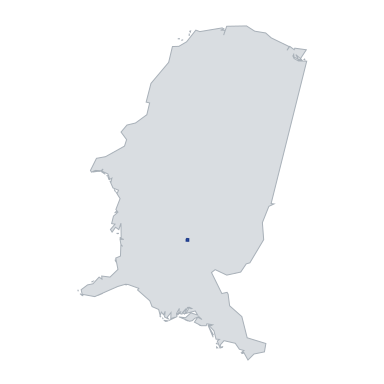 location of Richland, Illinois, United States of America, rotated 91°
{"feature_id": "52423323B13866918129633", "entity_name": "Richland", "entity_type": "district", "adm_level": 2, "iso_a3": "USA", "parent_name": "United States of America", "parent_adm1": "Illinois", "projection": "albers", "projection_center": [-88.143, 38.71], "detail": "fine", "context": "in_parent", "style": "filled", "palette": "blue", "viewbox_px": 384, "rotation_deg": 91, "n_neighbors": 0, "source": "geoboundaries", "source_scale": "gbopen_adm2", "svg_char_len": 3960}
<svg xmlns="http://www.w3.org/2000/svg" viewBox="0 0 384 384"><g transform="rotate(91 192 192)"><path d="M315.7,140.0L336.8,134.3L342.2,115.5L350.6,116.8L352.9,127.2L359.0,133.1L351.4,137.5L351.4,139.5L349.6,137.3L348.4,141.9L342.5,146.1L340.1,157.4L344.6,161.2L346.9,160.2L345.9,158.3L346.9,159.1L347.5,161.3L340.6,164.1L338.9,162.0L338.7,165.4L330.5,167.6L324.9,172.8L325.2,170.3L324.4,168.9L323.5,174.8L325.4,175.5L325.5,180.5L322.1,187.3L317.1,184.1L319.3,179.8L316.5,183.0L318.3,187.1L320.6,189.4L321.3,192.1L317.1,202.9L317.9,196.4L312.9,191.0L314.9,184.2L310.9,186.7L313.5,195.9L309.1,193.6L307.7,194.0L308.7,190.9L308.5,190.1L307.3,192.5L307.5,194.5L314.2,197.3L313.0,199.2L309.8,196.3L308.7,195.9L312.7,199.4L314.3,199.9L313.7,202.4L311.5,200.8L315.0,204.0L314.3,204.6L312.6,203.0L308.6,202.6L313.8,205.4L316.9,204.9L321.0,213.1L317.5,206.8L318.9,211.0L312.9,210.9L317.7,214.6L319.6,213.1L317.4,217.3L311.7,216.7L315.3,218.3L312.6,220.6L316.2,221.6L310.0,223.3L307.3,229.9L301.5,232.3L290.9,244.7L289.3,243.5L285.6,254.3L285.4,256.9L287.8,264.7L298.3,287.4L296.2,300.0L291.6,301.1L286.7,294.8L285.5,289.4L278.7,283.4L280.7,280.5L277.6,280.8L278.5,272.5L270.7,264.7L259.4,267.1L257.3,262.4L246.2,262.2L247.6,260.4L245.6,262.2L240.6,263.1L240.6,259.4L239.7,262.0L224.4,262.5L230.9,264.5L228.6,267.8L233.5,271.2L230.9,272.9L225.5,268.4L225.0,271.8L217.5,270.1L213.4,265.7L210.8,267.8L199.9,263.8L193.2,268.1L194.9,266.9L191.5,265.5L189.3,271.1L182.2,274.3L183.9,273.3L179.5,272.3L180.8,274.4L175.4,276.4L172.7,282.5L170.5,281.3L172.3,283.2L172.1,289.1L173.9,292.9L172.2,293.9L160.0,288.1L158.2,279.1L147.3,260.3L140.8,258.3L133.3,264.0L126.2,258.2L124.0,249.7L115.5,238.5L103.7,235.9L102.9,239.4L84.1,234.9L62.8,217.6L46.9,214.1L46.6,207.7L41.9,200.0L30.1,191.0L31.5,187.0L27.4,164.7L28.4,162.9L29.7,166.2L29.8,161.7L34.6,163.1L25.7,160.2L25.0,140.4L30.1,132.1L31.7,121.1L36.5,115.5L44.9,97.4L48.7,99.5L44.7,96.8L47.9,92.3L46.4,91.7L47.8,80.2L56.8,85.9L52.8,90.6L57.4,87.9L55.3,92.4L52.6,92.7L54.2,93.5L56.7,92.3L59.1,87.9L59.2,79.6L202.2,112.7L202.5,109.8L205.0,114.9L221.4,121.1L238.4,119.5L261.8,132.9L262.9,136.5L271.2,141.9L274.5,155.8L269.2,167.5L272.2,171.1L293.0,160.4L291.7,155.2L293.5,154.1L305.1,152.4L315.7,140.0ZM333.4,169.5L336.9,168.3L324.8,173.7L334.6,168.0L333.4,169.5ZM58.2,84.4L58.4,87.8L58.1,88.2L57.2,85.3L58.2,84.4ZM173.8,291.8L172.6,286.5L173.0,283.6L173.0,286.7L173.8,291.8ZM352.4,137.7L352.6,139.3L352.0,139.1L352.4,137.7ZM213.5,267.2L213.8,268.4L212.6,267.4L213.5,267.2ZM33.6,197.5L35.4,197.4L35.4,197.6L33.6,197.5ZM32.2,196.5L31.3,197.1L31.0,196.2L32.2,196.5ZM343.9,163.8L343.1,165.0L342.8,164.8L343.9,163.8ZM174.3,281.0L173.1,283.2L175.8,279.0L174.3,281.0ZM295.1,279.9L297.1,284.4L294.8,279.5L295.1,279.9ZM40.2,204.0L40.5,205.4L40.1,204.0L40.2,204.0ZM297.0,300.6L295.6,302.2L297.8,298.9L297.0,300.6ZM321.9,216.0L320.7,218.0L321.3,213.5L321.9,216.0ZM57.8,81.5L57.5,82.3L57.1,81.7L57.8,81.5ZM180.8,275.4L178.3,276.2L180.9,275.0L180.8,275.4ZM347.4,163.6L347.5,164.7L346.4,164.7L347.4,163.6ZM39.1,207.3L39.1,208.9L38.8,207.4L39.1,207.3ZM177.6,277.0L176.6,277.5L177.5,276.7L177.6,277.0ZM320.9,194.1L319.8,196.8L321.0,193.2L320.9,194.1ZM192.3,269.1L190.7,269.9L193.1,268.4L192.3,269.1ZM286.0,255.5L285.8,257.5L285.6,256.1L286.0,255.5ZM316.8,221.8L316.3,222.3L317.6,220.7L316.8,221.8ZM263.5,266.6L261.6,267.6L260.9,267.5L263.5,266.6ZM239.9,262.7L239.5,263.1L238.4,263.0L239.9,262.7ZM283.4,289.7L283.7,291.0L283.0,289.4L283.4,289.7ZM235.0,265.4L234.7,266.7L234.6,264.4L235.0,265.4ZM292.8,304.2L291.7,304.4L293.2,303.9L292.8,304.2ZM325.3,181.4L324.8,182.7L325.4,180.8L325.3,181.4ZM319.6,218.5L319.0,219.0L318.9,219.0L319.6,218.5Z" fill="#d9dde1" stroke="#a8b0b8" stroke-width="1"/><path d="M241.1,194.6L240.9,194.6L238.9,194.6L238.9,195.5L238.8,195.9L238.8,196.1L238.7,196.2L238.7,196.3L238.8,196.4L239.0,196.5L239.6,196.6L239.6,196.8L240.8,196.8L241.1,196.8L241.1,194.6Z" fill="#3b82f6" stroke="#1e3a8a" stroke-width="1.5"/></g></svg>